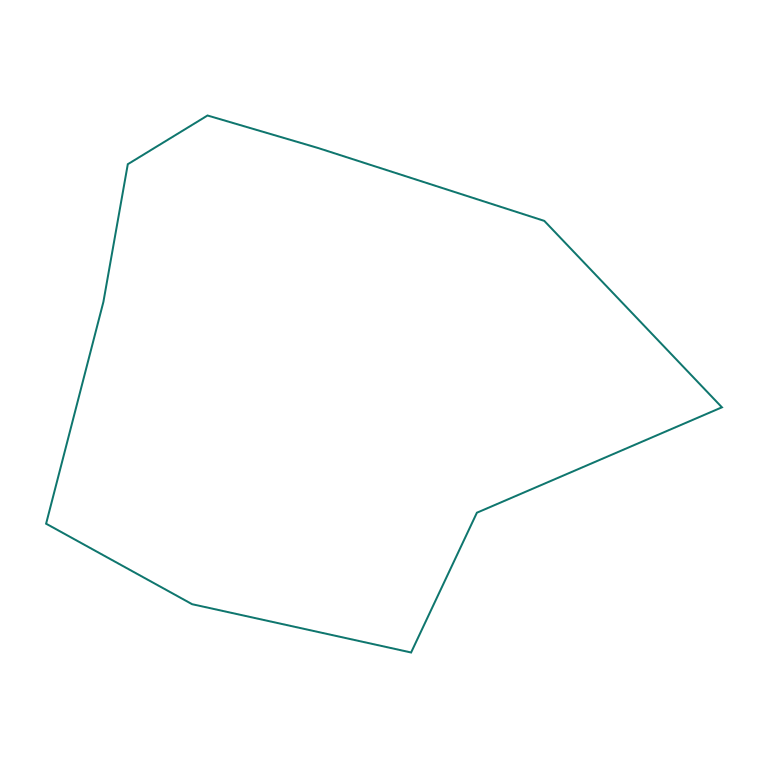 Santa Venera, Equal Earth projection
{"feature_id": "MLT-5943", "entity_name": "Santa Venera", "entity_type": "state/province", "adm_level": 1, "iso_a3": "MLT", "parent_name": "Malta", "parent_adm1": "", "projection": "equal_earth", "projection_center": [14.477, 35.887], "detail": "fine", "context": "isolated", "style": "outline", "palette": "teal", "viewbox_px": 768, "rotation_deg": 0, "n_neighbors": 0, "source": "natural_earth", "source_scale": "10m", "svg_char_len": 258}
<svg xmlns="http://www.w3.org/2000/svg" viewBox="0 0 768 768"><path d="M411.1,652.5L192.1,604.2L46.1,523.7L103.4,301.9L127.8,164.2L207.5,115.5L317.7,147.9L544.3,220.9L721.9,407.3L476.9,512.7L411.1,652.5Z" fill="none" stroke="#0f766e" stroke-width="2"/></svg>